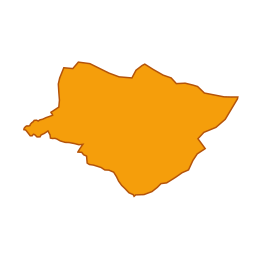 Lapithiou, Paphos, Cyprus (Natural Earth projection), rotated 191°
{"feature_id": "46923920B87887675510001", "entity_name": "Lapithiou", "entity_type": "district", "adm_level": 2, "iso_a3": "CYP", "parent_name": "Cyprus", "parent_adm1": "Paphos", "projection": "natural_earth1", "projection_center": [32.598, 34.905], "detail": "fine", "context": "isolated", "style": "filled", "palette": "amber", "viewbox_px": 256, "rotation_deg": 191, "n_neighbors": 0, "source": "geoboundaries", "source_scale": "gbopen_adm2", "svg_char_len": 1456}
<svg xmlns="http://www.w3.org/2000/svg" viewBox="0 0 256 256"><g transform="rotate(191 128 128)"><path d="M172.6,94.8L168.8,95.3L166.5,93.3L163.3,92.5L161.4,85.8L159.0,84.8L154.9,85.0L146.9,84.1L142.8,82.4L138.7,83.0L133.6,81.9L129.9,77.9L127.1,74.1L123.3,70.5L119.6,68.1L114.7,64.6L110.2,63.6L109.0,62.1L107.7,63.8L99.6,65.7L92.4,70.1L87.9,75.3L85.0,79.7L79.6,81.5L76.8,84.1L71.7,88.9L66.3,94.5L60.6,98.4L58.1,108.6L55.1,115.8L48.3,122.5L57.3,130.8L52.7,138.2L41.8,145.4L34.2,155.1L29.9,167.0L26.1,177.5L26.1,179.4L32.6,178.1L39.7,176.9L50.3,176.9L59.7,176.9L67.6,182.0L72.3,182.5L80.4,182.9L89.0,180.8L95.2,185.4L103.6,186.6L114.5,190.3L123.7,193.9L126.0,192.1L131.2,186.2L133.7,177.9L146.5,176.5L157.3,178.3L177.7,183.9L189.3,183.2L193.5,175.8L202.5,174.9L204.6,164.1L204.8,157.9L202.7,149.8L200.6,142.2L199.9,135.3L207.1,128.3L206.7,128.5L205.1,127.3L204.4,126.2L204.5,126.1L206.9,124.6L210.5,122.5L213.5,120.3L216.0,119.2L217.5,117.7L219.3,118.2L221.5,117.6L222.4,115.9L223.4,114.9L224.6,112.9L224.7,111.7L226.6,110.7L227.5,110.9L228.8,109.9L229.9,107.9L229.9,106.5L228.1,106.5L226.7,105.4L222.5,101.7L220.6,102.1L219.7,103.8L218.4,103.7L215.6,101.9L212.7,102.5L212.0,104.6L209.1,106.7L206.0,109.8L203.2,106.3L202.2,103.3L200.0,103.3L197.8,103.9L195.9,103.7L192.0,102.4L186.9,101.9L183.0,102.5L177.6,102.5L173.0,102.2L169.4,103.3L169.5,103.0L169.3,103.1L170.9,99.4L172.6,95.0L172.6,94.8Z" fill="#f59e0b" stroke="#b45309" stroke-width="1.5"/></g></svg>